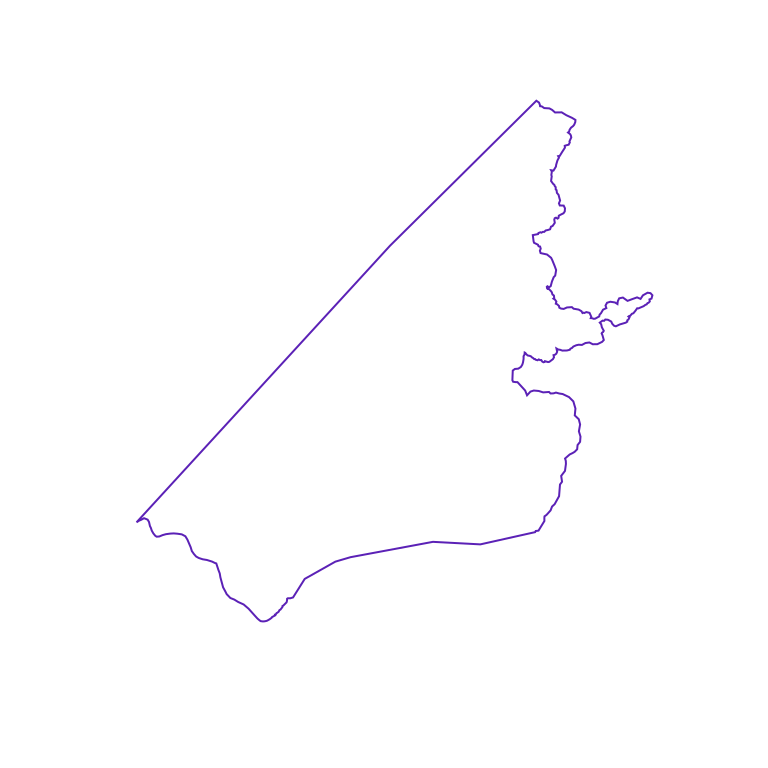 Medorm, Aimeliik, Palau, rotated 156°
{"feature_id": "81905179B56582984107965", "entity_name": "Medorm", "entity_type": "district", "adm_level": 2, "iso_a3": "PLW", "parent_name": "Palau", "parent_adm1": "Aimeliik", "projection": "mercator", "projection_center": [134.484, 7.466], "detail": "fine", "context": "isolated", "style": "outline", "palette": "violet", "viewbox_px": 768, "rotation_deg": 156, "n_neighbors": 0, "source": "geoboundaries", "source_scale": "gbopen_adm2", "svg_char_len": 4822}
<svg xmlns="http://www.w3.org/2000/svg" viewBox="0 0 768 768"><g transform="rotate(156 384 384)"><path d="M666.3,358.3L663.1,358.8L661.6,358.7L660.1,358.8L657.8,359.0L656.6,357.8L655.1,356.2L654.8,353.5L655.6,349.4L655.5,347.3L655.8,344.6L655.5,341.4L654.7,338.4L653.8,337.0L651.3,336.1L647.7,336.0L644.3,335.5L640.2,334.3L636.8,333.0L633.7,331.3L629.9,328.9L627.4,325.7L626.9,321.8L627.0,313.6L627.5,309.5L627.2,308.1L626.8,306.0L625.8,302.8L624.0,300.4L620.9,297.6L617.4,295.3L613.3,291.7L611.3,289.3L610.2,288.3L610.4,286.3L610.9,281.6L611.1,277.8L612.1,273.9L613.7,263.7L613.3,258.6L613.2,256.0L612.5,254.1L611.4,251.0L608.4,247.9L605.9,244.2L601.9,239.7L599.1,233.8L596.4,225.4L595.0,221.2L594.1,219.3L593.2,217.6L591.3,216.4L589.7,215.8L588.4,215.5L587.1,215.3L586.0,215.4L584.1,215.6L581.8,216.1L581.1,216.6L577.5,216.9L577.4,217.6L576.8,217.4L575.3,218.4L574.6,218.4L572.9,218.8L571.4,220.0L570.4,220.0L567.6,221.5L567.0,222.5L566.2,222.5L563.3,223.6L562.8,223.8L561.9,224.1L561.2,224.9L560.4,226.1L559.9,227.2L559.2,227.4L558.4,227.1L556.9,226.4L553.9,226.0L535.7,238.2L500.7,241.5L485.0,239.4L447.8,230.5L403.5,219.9L361.2,198.3L306.2,187.2L305.2,188.0L302.5,187.2L293.2,193.6L292.0,196.4L291.2,197.8L288.8,198.3L283.2,200.8L280.3,203.7L277.0,204.8L269.7,210.3L264.1,220.6L261.1,222.3L259.5,228.0L254.0,231.0L250.3,237.0L249.2,239.8L248.9,242.3L243.0,244.1L239.8,244.2L237.4,244.5L234.1,245.8L232.0,249.5L228.4,251.4L225.9,256.0L225.2,261.5L221.3,267.3L220.4,272.6L222.5,277.7L219.1,283.7L218.1,291.1L220.3,296.8L224.9,302.2L227.7,304.0L230.4,306.2L232.9,306.5L235.7,307.6L236.5,309.6L242.0,311.6L245.5,314.7L249.8,317.1L253.3,317.5L257.9,315.5L257.7,320.6L261.3,331.4L263.0,332.2L265.1,333.5L265.2,335.2L260.9,343.9L258.3,344.5L255.1,343.4L252.0,343.9L249.8,345.4L248.3,347.1L246.3,350.1L245.2,352.6L243.6,353.8L242.7,355.5L242.3,355.0L241.8,353.1L241.1,351.6L239.4,350.4L238.5,349.5L238.0,348.1L237.3,347.2L236.6,345.6L235.9,345.4L235.5,344.4L234.0,343.2L232.6,343.5L231.7,342.3L230.6,341.9L230.3,340.1L229.5,339.0L228.3,338.8L227.7,339.4L225.2,337.3L223.9,337.0L219.6,338.0L217.8,339.3L217.4,341.4L215.9,341.2L214.3,341.6L212.7,343.0L212.0,346.3L210.6,344.4L209.4,343.8L207.5,342.0L204.7,340.8L203.2,340.2L200.3,339.7L199.4,340.4L197.5,340.5L195.8,341.2L192.6,341.2L190.2,340.7L187.3,339.2L183.3,339.5L179.5,338.4L177.1,335.4L172.9,333.6L169.8,333.7L167.5,333.8L165.3,334.8L164.6,339.7L164.6,341.7L163.9,342.2L162.7,342.4L161.6,343.2L161.9,347.2L161.3,350.3L161.9,352.3L158.6,353.0L157.2,352.2L155.6,352.9L153.3,351.6L152.2,350.2L151.0,348.6L151.0,346.2L150.1,343.6L148.7,342.4L144.2,342.5L142.1,342.2L138.2,341.7L136.4,342.0L135.9,343.2L134.5,343.5L133.7,344.1L132.6,345.1L133.2,346.2L132.3,346.4L131.3,346.2L129.0,347.3L127.4,347.2L124.6,348.6L121.9,350.2L120.9,349.6L115.1,349.5L113.0,350.0L111.7,349.9L110.4,350.7L109.3,350.6L107.6,351.3L107.1,353.3L104.9,353.2L102.7,355.9L103.6,358.6L106.1,360.2L111.4,359.7L115.0,357.4L117.6,360.2L122.9,360.6L127.7,360.9L130.6,365.8L134.3,366.6L136.8,364.5L138.2,362.1L139.9,364.6L143.8,367.1L147.2,367.5L149.7,365.6L150.0,362.9L153.7,362.8L155.2,361.7L157.0,360.4L158.8,359.7L159.9,358.2L164.4,357.8L165.8,358.2L167.3,359.6L168.3,360.1L167.3,361.1L167.3,365.4L169.9,367.4L172.1,367.4L172.9,368.1L173.8,368.1L174.0,370.2L175.9,372.8L180.2,375.7L181.1,377.8L185.7,379.5L189.3,379.5L191.6,380.9L192.8,382.4L192.4,384.1L193.4,386.4L194.4,387.5L193.0,389.2L193.5,391.6L194.5,393.1L193.5,393.4L192.8,395.7L193.7,397.3L193.4,399.4L193.6,400.6L194.7,403.7L195.8,404.2L196.1,405.1L195.7,406.6L194.9,406.8L193.9,405.2L191.9,405.6L188.9,409.3L185.5,412.6L183.5,413.4L180.4,418.1L180.1,422.5L179.9,428.8L180.0,431.3L182.4,436.0L185.0,437.9L187.7,439.9L187.4,442.3L185.8,443.9L185.5,446.1L186.7,446.9L186.8,447.6L186.7,448.6L188.0,450.2L189.5,452.0L189.3,453.5L187.5,459.5L182.3,458.3L181.5,459.1L179.4,459.0L178.6,458.2L177.0,458.4L175.7,457.8L173.9,458.5L171.4,458.0L169.3,457.8L167.5,459.8L165.7,459.8L162.4,461.8L161.6,464.9L160.6,466.0L159.2,466.0L158.2,464.5L157.1,464.7L155.8,466.7L150.5,467.0L148.7,468.1L147.2,470.9L147.3,473.9L150.8,475.6L150.7,477.9L148.5,480.0L148.0,483.4L147.6,485.8L148.3,488.3L147.5,490.9L148.0,491.9L147.1,494.0L147.5,495.3L147.4,496.7L148.1,498.1L148.8,501.5L146.3,505.5L146.1,506.9L144.3,509.7L144.4,511.3L142.4,510.0L138.5,512.7L137.6,514.2L134.7,517.6L133.6,518.5L132.1,519.6L132.2,521.3L130.7,520.9L126.9,523.5L122.6,526.3L122.0,528.1L120.2,527.9L118.0,527.5L116.0,529.1L115.9,530.2L112.6,533.1L112.2,535.0L112.3,536.5L113.6,538.9L112.2,539.3L111.0,540.8L108.9,542.1L106.4,542.7L104.8,543.5L102.7,545.5L101.7,547.4L104.0,550.7L108.1,555.4L111.2,559.9L117.3,562.5L118.9,566.0L120.8,568.5L125.4,570.9L127.0,573.5L128.4,574.3L128.1,575.3L127.9,578.0L129.6,580.8L322.2,507.9L666.3,358.3Z" fill="none" stroke="#5b21b6" stroke-width="2"/></g></svg>